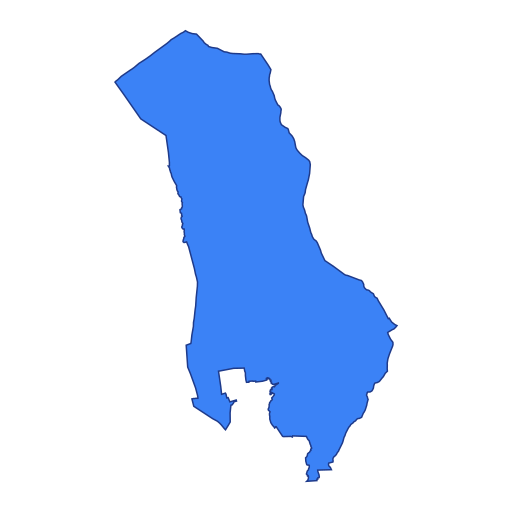 outline of Mitocu Dragomirnei, Suceava, Romania
{"feature_id": "2599482B44834834601396", "entity_name": "Mitocu Dragomirnei", "entity_type": "district", "adm_level": 2, "iso_a3": "ROU", "parent_name": "Romania", "parent_adm1": "Suceava", "projection": "albers", "projection_center": [26.23, 47.747], "detail": "fine", "context": "isolated", "style": "filled", "palette": "blue", "viewbox_px": 512, "rotation_deg": 0, "n_neighbors": 0, "source": "geoboundaries", "source_scale": "gbopen_adm2", "svg_char_len": 6066}
<svg xmlns="http://www.w3.org/2000/svg" viewBox="0 0 512 512"><path d="M387.9,358.8L389.5,353.9L392.7,345.9L393.0,344.3L392.9,342.7L392.9,342.3L390.7,339.4L389.8,337.7L388.2,334.4L387.7,332.4L392.2,329.7L394.0,328.9L395.9,327.0L397.0,325.6L394.9,324.6L391.6,322.0L389.2,318.2L388.3,318.7L383.9,310.0L378.3,300.8L377.1,298.2L375.4,297.3L374.4,296.3L373.4,293.8L370.4,291.9L369.6,290.9L368.9,290.4L367.8,290.0L366.5,289.8L364.7,288.1L363.8,286.4L363.7,284.4L362.5,281.8L361.4,280.5L359.1,279.9L347.6,275.5L345.5,275.1L343.9,274.1L333.9,266.7L324.9,260.6L321.3,253.1L320.5,250.2L317.3,242.7L316.1,240.9L313.9,239.3L312.4,236.8L311.6,234.3L310.8,232.6L309.7,228.1L307.7,222.2L306.7,216.6L306.4,215.4L305.3,213.1L305.0,211.6L304.5,209.8L303.4,207.2L302.9,204.9L303.6,196.5L304.8,193.7L305.2,192.4L305.5,189.7L307.6,182.2L308.3,180.0L309.6,173.5L310.3,164.6L309.7,161.6L308.6,160.1L305.6,157.7L302.2,155.5L299.6,153.0L297.4,150.4L296.6,149.2L295.8,147.5L294.7,141.6L293.8,138.9L292.2,136.1L289.2,132.9L288.2,129.2L287.7,128.5L285.1,127.3L281.4,124.7L280.4,122.5L280.0,121.2L279.9,120.0L279.9,117.4L280.8,112.9L280.9,111.3L281.2,109.7L281.0,108.6L280.0,106.9L279.0,105.7L277.8,104.9L275.4,100.2L274.7,98.2L274.2,95.6L272.3,91.2L271.5,90.1L270.6,88.0L270.3,86.4L269.6,84.5L269.1,80.3L269.2,77.7L269.5,76.1L269.6,74.7L270.2,73.1L270.9,69.6L268.0,64.8L260.7,54.0L260.2,54.2L258.3,53.6L252.9,53.7L246.7,54.2L244.0,54.2L240.5,53.8L232.8,53.5L230.2,53.2L226.8,52.1L224.1,51.8L217.4,48.3L211.8,47.5L208.5,46.5L208.0,45.4L206.1,44.3L204.2,42.7L203.1,41.0L196.5,34.1L192.2,33.6L188.3,32.3L185.4,30.7L183.3,32.3L180.9,33.4L174.0,38.0L171.1,39.7L169.7,41.1L167.0,43.4L154.6,52.4L150.3,55.8L144.9,59.6L139.1,63.3L134.0,67.6L131.9,69.1L130.3,70.1L121.3,76.3L117.8,79.7L115.7,81.3L115.0,82.1L123.5,94.0L140.8,118.9L166.0,135.5L168.4,152.3L169.4,162.3L169.4,165.8L169.0,166.1L168.3,166.1L169.5,168.0L169.8,170.0L170.2,170.3L170.3,171.3L170.5,172.0L170.8,172.8L171.2,173.3L171.5,175.1L172.0,176.9L172.9,178.8L174.3,181.6L176.6,185.5L176.5,187.6L176.7,188.3L176.9,189.6L177.3,190.8L178.1,191.9L177.9,193.7L178.9,195.0L179.6,196.5L180.9,196.9L180.9,197.3L181.9,199.0L181.6,200.1L181.6,201.5L182.4,202.7L182.2,203.0L182.1,204.2L182.3,205.1L182.3,206.7L182.2,207.1L181.6,207.9L181.6,208.8L180.0,209.6L180.0,210.1L180.3,212.7L181.5,213.3L181.7,214.7L181.6,215.4L182.2,216.1L182.1,216.5L181.3,217.1L181.0,218.8L181.7,220.3L181.9,222.0L182.8,223.4L182.8,223.7L182.4,224.7L182.4,225.7L181.9,226.4L181.8,227.3L182.2,228.1L183.1,229.1L184.1,229.0L184.3,230.1L184.1,231.9L184.4,233.1L184.3,234.4L184.9,236.3L184.7,236.7L183.9,237.3L183.8,238.4L183.2,240.1L183.0,241.5L183.2,241.9L184.0,242.5L184.8,242.4L186.6,241.9L187.6,244.5L188.6,246.7L194.4,268.6L195.5,274.1L196.4,277.0L197.5,282.0L197.4,286.2L196.2,297.6L195.7,305.9L195.1,310.0L194.2,318.6L193.5,322.4L193.4,326.4L191.9,334.9L191.1,342.1L190.8,343.5L186.2,345.2L187.7,367.1L190.4,373.6L195.6,388.0L197.6,395.6L197.9,397.6L197.9,398.3L195.9,398.3L194.1,398.6L193.7,398.5L191.9,398.9L193.8,406.3L212.7,418.7L217.0,421.0L218.1,421.8L219.7,423.2L221.4,425.0L224.5,428.8L225.5,429.8L228.3,425.3L230.2,422.0L230.1,412.9L230.9,405.2L232.1,404.9L233.5,403.0L234.0,401.8L236.5,401.1L236.2,400.0L229.9,401.9L228.1,397.6L226.8,397.9L226.0,394.2L225.4,393.1L221.6,394.3L220.7,386.2L218.5,371.2L233.7,368.3L244.2,368.1L244.7,371.0L245.4,372.8L245.4,375.5L245.9,380.0L246.5,382.3L248.9,382.2L249.0,381.3L252.8,381.0L253.0,381.3L255.7,381.1L255.8,382.0L262.6,381.2L266.8,380.0L266.9,379.8L266.3,378.6L266.4,378.3L267.7,377.7L268.2,377.9L268.2,378.1L268.0,378.8L268.5,378.8L268.9,378.3L269.2,378.3L269.8,378.8L269.8,379.5L270.0,380.0L271.0,380.2L271.0,380.4L270.4,381.0L270.4,381.3L270.8,381.9L271.5,382.1L271.3,383.3L271.9,383.5L272.4,384.2L272.9,384.1L273.5,384.5L278.3,383.0L278.3,383.4L275.0,385.5L274.8,386.5L274.5,386.8L273.8,386.5L272.3,387.1L272.1,387.3L272.2,387.8L271.6,388.0L271.4,388.2L272.0,389.2L272.0,389.6L270.5,389.8L270.4,390.1L270.4,390.6L270.2,390.7L270.0,391.4L270.4,391.9L270.9,392.1L270.2,392.2L270.2,392.4L270.3,393.4L270.6,393.9L270.4,394.2L270.0,394.2L270.2,394.6L270.9,394.6L271.7,393.5L272.1,393.3L273.9,393.6L274.4,394.0L274.2,395.0L272.7,397.0L271.8,397.8L271.8,398.3L272.3,399.2L272.2,399.7L270.8,400.9L270.5,401.6L269.6,402.7L269.6,403.3L269.1,404.6L269.2,405.4L269.0,407.4L268.3,408.8L268.2,409.3L268.3,410.0L270.0,411.7L270.0,412.0L269.7,412.7L269.5,413.4L269.5,415.1L269.8,416.1L269.8,419.1L270.6,421.9L270.9,422.8L272.5,425.3L274.2,427.2L274.6,428.0L275.1,427.7L275.7,426.7L276.2,426.7L282.5,436.2L282.8,436.4L283.4,436.6L290.8,436.4L292.4,437.0L292.6,435.9L306.4,436.4L307.6,439.0L308.2,439.8L309.1,440.6L310.2,444.2L310.9,445.8L310.9,446.5L311.7,448.1L310.7,449.2L310.7,449.8L311.0,450.1L310.8,450.5L310.1,451.1L309.5,452.3L308.5,452.9L307.6,453.8L307.3,455.4L306.8,456.7L305.6,457.8L305.8,461.2L306.7,464.5L307.2,465.0L309.1,465.2L309.3,465.7L309.2,467.7L308.7,468.3L308.4,469.9L307.7,470.5L307.2,471.2L306.8,472.8L306.5,473.7L306.4,474.0L307.3,474.9L307.4,475.9L307.8,476.2L308.2,475.9L308.5,476.9L308.3,478.8L308.0,479.7L307.4,480.6L306.7,481.3L316.9,480.6L316.9,479.2L317.8,479.1L317.8,477.9L319.1,477.6L319.3,476.9L319.0,474.7L317.8,471.4L317.7,470.1L331.4,469.7L330.3,467.3L329.1,466.2L328.7,465.6L328.5,464.0L328.7,463.1L332.9,462.0L333.1,461.0L332.9,459.6L332.9,458.7L333.2,458.0L333.8,456.9L335.4,455.6L336.4,454.4L337.2,452.8L338.8,450.7L338.8,450.1L339.2,449.5L342.4,443.0L343.0,441.2L344.0,437.4L344.9,435.7L345.7,433.2L348.3,428.1L349.0,427.0L350.1,425.8L350.7,424.6L351.7,423.8L352.9,423.0L354.1,421.6L355.5,420.9L356.4,419.7L357.0,419.1L357.7,418.6L359.4,418.4L361.6,417.3L363.3,413.2L364.1,412.1L365.2,410.0L366.7,405.3L367.1,403.0L368.1,399.4L367.6,398.3L367.4,397.0L366.6,395.5L366.6,394.6L367.0,393.7L367.1,392.8L367.8,392.0L370.0,392.0L371.8,391.0L372.6,389.8L373.4,388.1L373.7,385.9L374.3,384.1L374.7,383.4L375.1,383.0L377.4,382.5L379.4,381.4L382.2,377.9L383.3,376.7L385.3,373.2L387.4,371.2L387.2,368.7L387.3,365.0L387.2,363.2L387.9,358.8Z" fill="#3b82f6" stroke="#1e3a8a" stroke-width="1.5"/></svg>